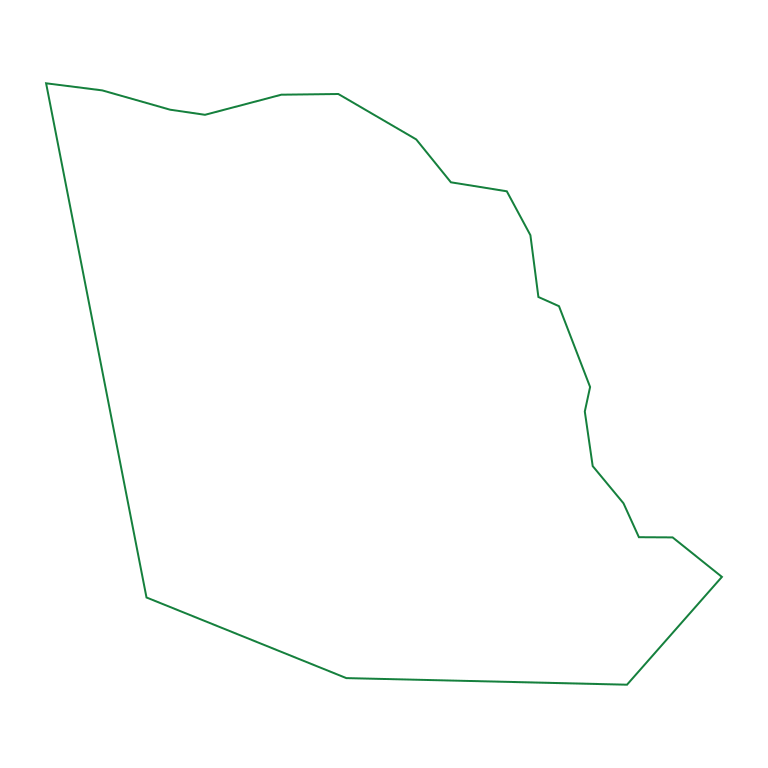 Evans, Georgia, United States of America (Mercator projection)
{"feature_id": "52423323B4289293971821", "entity_name": "Evans", "entity_type": "district", "adm_level": 2, "iso_a3": "USA", "parent_name": "United States of America", "parent_adm1": "Georgia", "projection": "mercator", "projection_center": [-81.841, 32.163], "detail": "fine", "context": "isolated", "style": "outline", "palette": "green", "viewbox_px": 768, "rotation_deg": 0, "n_neighbors": 0, "source": "geoboundaries", "source_scale": "gbopen_adm2", "svg_char_len": 398}
<svg xmlns="http://www.w3.org/2000/svg" viewBox="0 0 768 768"><path d="M721.9,576.9L672.6,537.4L638.9,537.2L623.5,503.3L592.7,466.1L584.8,411.5L590.1,387.0L559.0,306.2L538.4,297.0L530.4,235.2L506.8,191.3L450.9,182.3L416.2,139.4L338.3,94.0L281.3,94.7L205.0,114.8L170.1,109.7L102.3,90.4L46.1,83.3L146.5,597.5L346.3,678.1L627.0,684.7L721.9,576.9Z" fill="none" stroke="#15803d" stroke-width="2"/></svg>